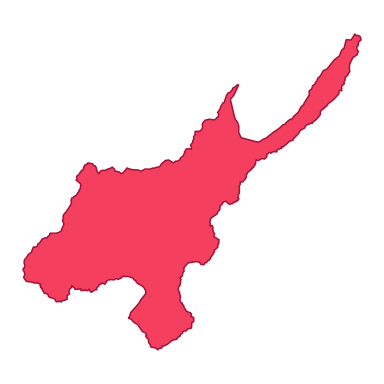 Dolores, Tolima, Colombia (Mercator projection)
{"feature_id": "7082276B30807690938488", "entity_name": "Dolores", "entity_type": "district", "adm_level": 2, "iso_a3": "COL", "parent_name": "Colombia", "parent_adm1": "Tolima", "projection": "mercator", "projection_center": [-74.784, 3.628], "detail": "fine", "context": "isolated", "style": "filled", "palette": "rose", "viewbox_px": 384, "rotation_deg": 0, "n_neighbors": 0, "source": "geoboundaries", "source_scale": "gbopen_adm2", "svg_char_len": 5944}
<svg xmlns="http://www.w3.org/2000/svg" viewBox="0 0 384 384"><path d="M358.3,35.4L355.7,35.3L354.9,34.2L351.2,39.8L349.2,40.0L347.3,39.6L346.1,40.0L344.2,47.8L341.7,50.2L339.4,55.9L334.4,59.7L327.0,69.0L323.6,70.5L322.5,71.9L320.7,75.4L317.6,78.6L316.9,80.8L315.4,82.5L315.3,83.7L312.6,85.8L311.7,88.9L309.3,90.8L309.1,95.2L304.0,103.3L303.9,104.2L300.9,107.0L298.2,112.4L293.5,116.5L292.4,118.7L289.7,119.6L286.2,122.4L285.3,123.9L282.7,125.0L278.9,128.6L272.9,132.6L265.8,138.3L263.4,139.1L259.7,141.6L258.3,142.0L254.9,141.4L241.6,137.8L240.9,137.1L238.8,132.8L238.8,125.7L237.9,124.0L237.8,122.5L235.4,119.5L234.6,117.4L230.5,100.0L230.9,98.5L233.5,95.8L237.2,88.2L238.5,85.0L237.6,84.8L234.2,87.5L232.6,88.2L232.6,89.7L231.3,90.4L230.5,92.1L228.2,92.9L226.5,95.3L224.1,102.6L222.8,103.0L220.7,106.6L220.1,108.9L217.6,112.4L218.9,114.2L217.8,117.2L216.4,117.8L216.0,118.9L214.6,119.9L209.1,119.2L205.2,120.2L202.5,123.4L202.3,124.9L202.6,126.8L202.1,129.0L199.6,131.3L195.7,131.3L194.9,131.9L195.3,134.3L193.5,137.0L193.9,139.0L193.0,140.2L192.6,142.5L190.5,145.0L191.5,147.7L191.4,148.9L187.0,148.8L185.7,149.4L185.0,151.5L184.4,151.9L184.9,152.8L184.1,153.5L183.8,154.7L182.1,156.8L180.3,157.9L180.1,159.5L177.6,161.1L175.3,161.2L174.2,162.5L172.7,162.8L172.1,162.0L168.1,159.8L167.0,160.4L165.5,160.4L161.8,163.5L159.6,166.6L158.9,167.0L155.9,167.4L154.2,168.2L152.5,168.1L150.2,169.1L144.7,169.1L141.0,171.3L138.0,169.9L134.0,169.9L129.5,169.0L127.0,168.0L123.2,172.6L121.6,173.7L119.1,171.9L114.8,170.9L114.3,168.8L112.2,167.2L109.4,168.7L107.9,168.9L106.4,170.1L105.2,170.0L104.6,170.5L102.8,170.2L100.7,171.0L100.0,171.5L99.6,172.8L98.9,173.4L97.2,171.6L96.1,167.3L95.0,165.8L93.4,165.3L92.7,163.9L90.2,163.2L88.5,163.3L88.1,162.8L86.9,164.1L85.0,164.9L83.7,167.1L83.2,169.4L81.0,171.1L78.9,174.5L76.8,176.2L76.8,179.1L76.1,180.1L80.4,183.6L80.9,185.4L80.5,186.0L80.4,188.6L79.0,190.1L79.4,191.0L77.8,192.6L77.0,194.4L73.5,197.2L72.0,197.8L71.1,199.8L71.1,201.7L71.5,203.0L70.5,205.2L66.4,211.4L63.6,214.7L63.1,216.2L63.1,218.8L62.6,220.4L62.7,221.6L63.6,222.4L63.8,224.8L61.8,228.7L61.5,230.6L58.6,232.6L55.7,233.2L50.3,233.2L49.8,233.7L49.5,235.3L47.8,236.5L46.8,238.2L45.3,237.7L42.0,239.2L39.8,242.7L38.1,243.8L37.0,246.5L36.0,247.1L33.6,247.0L33.0,247.7L31.5,252.1L28.1,254.7L26.7,257.3L24.5,259.8L24.0,262.0L24.8,265.6L24.3,268.1L23.6,268.2L23.0,269.2L25.0,274.0L23.6,277.5L26.0,280.9L26.7,281.5L32.8,282.2L34.3,283.1L36.9,282.9L40.0,283.9L40.4,284.4L40.0,285.7L41.1,286.2L40.7,287.6L42.3,288.8L42.2,289.7L44.4,293.5L46.6,293.5L48.2,294.8L48.4,296.4L50.2,297.6L53.2,298.2L55.0,299.3L55.7,301.2L56.5,301.7L57.8,301.8L59.6,301.1L61.3,302.0L62.8,300.5L65.3,300.1L67.2,299.1L67.1,295.7L69.7,293.7L68.9,292.2L69.6,289.1L71.7,287.4L71.8,285.9L73.9,287.3L75.1,289.4L80.8,289.0L81.0,290.6L84.4,290.4L85.0,289.8L87.0,290.8L89.0,289.3L89.3,290.4L90.2,290.9L90.5,291.8L91.7,292.2L94.3,290.1L96.8,289.6L96.5,288.9L96.8,287.9L98.8,285.9L98.8,285.0L101.1,284.0L102.1,283.0L104.9,284.2L106.3,282.2L106.4,281.3L108.2,280.0L111.2,279.6L114.0,279.9L116.0,278.5L118.1,279.4L121.4,278.0L122.1,276.9L123.0,276.4L128.2,276.5L132.7,277.9L134.2,280.0L135.6,280.4L136.2,282.0L137.6,283.5L141.5,285.5L144.0,287.6L145.6,290.7L145.8,292.9L145.2,294.3L140.8,299.8L139.0,303.2L130.7,312.6L129.5,316.6L128.5,317.7L128.6,318.2L131.3,319.4L134.0,322.4L137.5,324.5L142.6,331.7L145.5,333.0L146.6,334.8L145.8,335.4L145.9,336.7L148.3,339.4L148.7,342.7L150.3,344.6L150.4,346.3L151.3,347.2L155.4,347.9L157.9,349.8L158.4,348.7L161.7,348.1L162.0,346.1L163.5,346.1L167.4,344.3L172.2,340.3L176.8,339.2L178.4,336.8L180.1,336.1L180.9,334.1L182.7,333.0L182.8,331.6L184.4,330.9L186.0,331.0L188.0,328.9L191.5,328.0L191.8,322.9L193.8,321.3L193.7,317.8L192.6,316.9L191.1,316.6L191.5,314.1L190.2,312.5L188.9,312.4L186.4,311.0L183.8,306.9L183.7,305.4L182.4,304.6L182.4,303.1L181.3,302.9L179.8,300.1L180.6,296.1L179.8,294.8L179.7,292.8L178.3,290.0L178.7,286.8L180.0,285.4L180.7,282.3L180.3,281.0L181.1,279.8L179.9,277.8L181.9,276.6L182.4,275.4L183.0,272.3L184.1,271.2L183.8,269.9L184.2,267.3L188.2,262.9L196.2,261.6L199.4,262.2L201.0,264.5L203.9,264.7L204.9,262.9L206.5,262.6L207.4,261.0L208.9,260.4L210.5,258.6L210.7,257.5L214.1,252.5L214.4,250.3L217.7,247.3L217.8,245.1L219.0,242.5L218.7,241.3L219.1,239.8L213.9,236.6L214.6,233.6L213.7,232.8L212.9,229.9L212.9,227.2L212.1,225.5L210.5,226.0L209.8,225.4L210.5,223.8L209.7,222.2L210.4,220.7L210.2,219.7L210.6,218.9L211.7,217.6L217.0,214.0L217.9,211.6L219.8,209.7L220.2,205.7L221.9,204.6L222.8,202.8L223.8,201.9L226.1,201.2L227.6,203.1L229.6,204.4L230.9,203.7L232.0,203.8L233.4,202.5L236.1,201.7L236.8,200.7L237.7,200.7L238.9,198.8L238.0,198.2L238.6,194.4L239.4,192.9L239.4,191.0L239.0,190.4L239.6,188.4L238.9,186.7L240.1,184.8L240.3,181.9L242.6,181.9L245.0,179.4L246.2,177.5L246.4,174.2L247.2,173.8L247.5,172.7L248.9,171.3L250.8,170.2L251.1,169.1L252.4,168.5L252.6,167.6L253.4,167.3L254.4,165.8L255.7,163.8L255.4,163.0L256.3,160.0L258.5,160.5L261.7,158.6L264.7,159.0L266.8,156.9L266.6,155.2L268.8,152.8L269.9,152.6L270.9,153.2L272.5,152.0L274.3,151.5L275.1,151.9L275.9,151.2L276.7,151.8L277.1,150.4L278.3,149.2L279.7,149.1L280.4,148.2L281.4,148.5L281.8,147.8L281.6,146.8L283.6,146.8L284.1,145.7L286.0,144.6L288.5,142.1L290.8,140.7L292.9,140.4L293.4,138.9L298.6,133.4L300.3,130.4L304.3,128.3L305.9,125.7L307.4,124.5L309.2,124.2L310.2,123.3L312.4,123.2L313.6,121.4L315.0,120.6L317.7,118.1L320.3,114.6L320.4,111.7L321.7,109.9L323.7,108.8L324.4,107.5L325.5,107.1L326.9,105.8L327.7,104.3L329.0,103.0L332.7,100.4L335.0,98.2L338.8,93.9L339.2,90.9L340.1,90.4L341.7,90.7L341.7,86.2L342.1,85.2L343.3,84.8L344.2,83.8L344.1,81.9L345.2,79.8L345.0,78.0L346.5,76.1L347.5,75.6L348.4,73.4L349.8,71.7L349.4,68.0L349.6,64.8L350.9,61.5L353.2,57.1L354.6,56.7L356.2,55.2L357.3,54.7L357.6,52.9L358.4,51.5L356.8,49.1L356.8,47.0L358.3,45.2L358.5,42.0L360.8,40.3L361.0,39.2L360.4,37.0L358.3,35.4Z" fill="#f43f5e" stroke="#9f1239" stroke-width="1.5"/></svg>